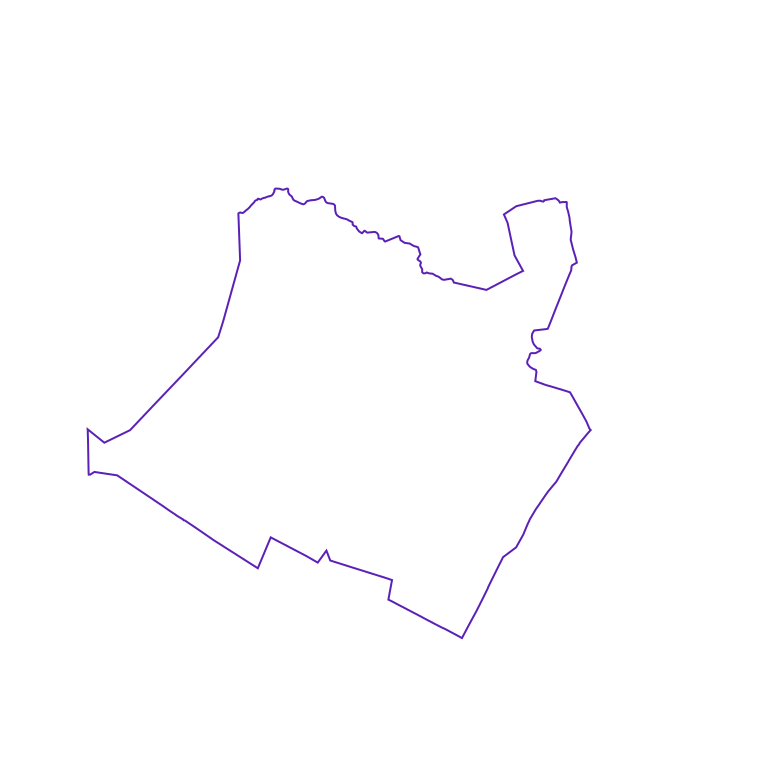 the district of Sannicolau Mare, Timis, Romania, rotated 39°
{"feature_id": "2599482B9375831214332", "entity_name": "Sannicolau Mare", "entity_type": "district", "adm_level": 2, "iso_a3": "ROU", "parent_name": "Romania", "parent_adm1": "Timis", "projection": "robinson", "projection_center": [20.591, 46.058], "detail": "fine", "context": "isolated", "style": "outline", "palette": "violet", "viewbox_px": 768, "rotation_deg": 39, "n_neighbors": 0, "source": "geoboundaries", "source_scale": "gbopen_adm2", "svg_char_len": 5013}
<svg xmlns="http://www.w3.org/2000/svg" viewBox="0 0 768 768"><g transform="rotate(39 384 384)"><path d="M401.9,606.6L392.5,574.5L432.3,566.5L444.9,564.5L444.1,549.7L453.3,555.0L477.2,545.6L508.0,533.4L513.6,531.3L523.1,548.8L525.8,548.2L529.0,547.5L532.8,546.8L561.0,541.1L561.3,541.1L574.4,538.5L581.6,537.0L586.3,535.8L590.6,535.0L599.9,533.2L604.5,532.4L602.0,519.8L598.6,501.6L595.9,489.1L593.2,477.3L592.7,476.0L589.6,462.2L587.6,453.3L587.0,450.4L585.5,443.6L589.5,427.8L587.0,413.4L585.3,407.6L584.9,406.3L583.5,401.4L583.0,399.0L582.5,397.5L582.0,394.0L580.8,385.7L580.7,384.7L580.4,379.9L580.1,376.9L579.3,366.6L579.3,365.9L579.2,365.0L579.2,362.7L579.3,354.4L579.4,351.5L577.9,341.6L576.5,331.4L576.1,328.4L575.9,327.5L574.2,315.7L573.5,310.3L573.6,308.0L573.3,307.4L573.2,305.9L573.2,303.5L573.3,300.1L573.4,293.0L573.6,289.7L572.3,289.6L571.8,289.4L569.7,288.3L565.0,285.8L555.7,282.0L549.6,279.6L535.2,273.9L533.7,273.4L526.6,276.2L515.6,280.7L510.0,283.1L499.8,286.6L495.3,279.4L494.9,278.7L493.3,277.5L492.1,277.8L490.9,278.2L490.2,278.4L488.5,278.6L487.6,278.8L486.4,278.8L484.8,278.5L482.9,278.1L482.0,277.5L481.0,276.0L480.6,274.8L480.4,273.6L480.3,272.5L478.8,269.1L478.7,268.5L478.8,267.8L479.1,267.3L479.5,266.9L482.0,265.0L482.7,263.9L484.4,259.6L484.3,258.8L482.9,258.5L481.3,259.5L480.8,259.7L480.0,259.7L475.6,258.9L473.0,257.6L469.4,254.6L468.4,253.2L467.5,251.5L467.0,248.0L467.2,247.7L473.7,241.1L476.1,238.6L476.5,237.9L473.9,229.4L470.1,217.6L466.5,205.9L462.8,194.2L459.3,182.6L458.0,178.0L456.1,175.1L455.5,173.8L455.5,173.4L455.7,172.8L457.5,168.3L452.7,164.7L446.1,160.3L442.7,157.7L438.4,154.5L436.9,152.3L434.9,149.1L433.9,147.6L430.8,144.9L428.4,142.7L426.8,141.3L424.8,139.4L423.5,138.0L421.7,136.6L418.4,134.0L415.1,131.8L414.1,130.8L412.1,128.2L411.3,127.7L407.8,130.7L406.6,132.3L405.5,131.9L404.9,131.7L403.7,131.5L402.1,131.6L401.1,131.6L400.3,131.8L392.9,140.3L393.2,141.0L392.9,142.1L391.3,142.8L389.8,143.4L388.1,145.0L374.9,162.6L370.5,176.8L378.5,180.9L404.5,201.9L420.9,208.6L418.2,214.4L404.4,246.4L374.4,261.2L373.4,260.6L372.5,260.1L371.8,259.9L370.4,260.0L369.6,260.1L365.1,265.3L363.2,266.2L360.0,266.2L358.1,266.5L356.4,267.2L352.4,267.7L351.8,268.0L351.1,268.6L350.2,269.1L349.4,269.6L348.4,270.0L347.1,270.4L346.7,271.4L346.2,272.2L345.1,273.1L344.7,273.2L344.2,273.2L343.7,273.1L343.2,273.0L341.5,270.8L338.2,269.5L337.6,269.1L337.2,268.6L336.8,267.9L336.8,267.5L336.7,267.1L336.5,266.7L336.0,266.3L335.1,265.9L332.3,266.2L331.9,266.1L331.6,266.0L331.3,265.6L330.7,260.4L327.2,258.1L324.6,256.4L324.3,256.4L323.8,256.4L323.5,256.6L320.3,258.0L315.5,258.7L311.3,261.3L306.4,261.8L303.0,259.5L302.8,259.6L302.5,259.6L302.3,259.7L295.3,272.5L295.0,272.6L294.7,272.7L292.0,271.9L291.7,271.9L291.3,272.1L288.7,274.0L288.4,274.1L288.1,274.1L286.1,272.0L285.8,271.9L285.3,271.5L284.8,271.4L284.3,271.2L283.9,271.2L283.2,271.1L282.6,271.2L282.1,271.3L281.5,271.5L281.1,271.6L275.9,276.7L275.7,276.9L275.1,277.0L273.0,277.0L272.7,277.0L272.3,277.4L272.1,280.6L271.9,280.7L268.7,281.1L265.0,280.3L263.8,279.4L263.6,279.3L263.4,279.2L263.1,279.2L262.2,279.7L261.3,280.0L260.6,279.9L260.1,279.9L259.6,279.9L259.3,279.8L259.0,279.5L258.1,278.4L257.6,278.1L257.4,278.1L254.0,279.0L252.8,279.1L251.6,279.4L250.4,279.8L249.0,280.5L247.0,281.4L245.7,281.9L244.7,282.1L243.3,282.4L242.5,282.4L241.4,282.4L240.1,282.0L239.5,281.8L237.7,280.5L236.8,279.7L233.9,276.5L233.4,276.1L233.0,276.0L232.4,275.9L231.8,275.9L231.1,276.1L230.7,276.3L226.3,278.9L225.8,279.0L224.8,279.1L224.4,279.1L223.3,278.7L221.8,277.9L220.3,277.0L219.8,277.0L219.2,277.0L218.6,277.1L217.9,277.5L216.5,281.6L214.5,284.4L211.3,287.5L209.5,289.8L209.2,290.2L209.1,290.7L209.0,292.1L209.1,293.0L208.8,294.1L208.5,294.7L208.2,295.1L207.6,295.4L205.7,296.1L200.0,297.5L199.1,297.8L198.5,297.8L198.2,297.8L197.6,297.8L196.5,297.4L195.6,296.9L194.9,296.6L194.2,296.3L191.7,296.3L191.0,296.2L190.2,295.9L189.2,295.4L188.7,295.0L188.1,294.5L187.9,294.1L187.5,293.5L187.1,293.1L186.5,292.8L186.1,292.9L185.7,293.1L185.4,293.5L183.8,296.0L183.4,296.5L183.0,296.8L182.2,297.2L180.8,297.7L179.8,298.1L177.2,300.0L176.6,300.5L176.5,301.1L176.6,301.7L176.7,302.3L177.3,302.7L177.7,303.8L178.2,306.3L178.1,308.0L177.6,309.1L177.0,309.8L176.8,310.3L176.2,310.8L175.8,311.5L175.0,312.7L174.6,313.6L174.3,314.1L173.4,315.1L172.6,316.6L172.2,317.4L172.1,318.0L171.7,318.4L171.0,318.7L169.9,319.0L169.4,319.5L169.7,320.3L169.6,320.7L169.1,321.3L168.8,322.1L168.5,323.1L168.7,324.4L168.3,328.9L168.3,331.2L168.0,334.0L167.6,335.3L166.9,339.4L166.4,340.1L165.8,340.5L164.7,341.1L164.3,341.2L163.8,342.0L163.6,342.6L163.5,343.1L194.4,378.5L219.6,436.6L225.7,452.0L221.9,501.5L218.3,545.9L215.7,579.7L211.4,588.9L203.6,605.6L182.2,605.7L183.4,607.0L185.5,609.5L189.9,614.6L210.3,638.9L211.6,640.3L212.6,639.5L214.3,634.6L234.3,622.8L235.2,622.8L269.7,619.7L290.3,617.9L297.5,617.4L307.8,616.5L313.1,615.7L314.0,616.0L315.0,615.4L328.5,614.2L350.5,612.5L401.9,606.6Z" fill="none" stroke="#5b21b6" stroke-width="2"/></g></svg>